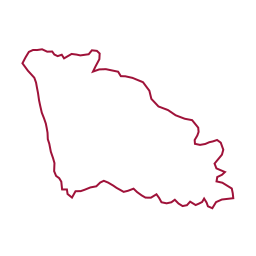 Miraguaí, Rio Grande do Sul, Brazil (Albers equal-area conic projection), rotated 183°
{"feature_id": "56859067B90024458991146", "entity_name": "Miraguaí", "entity_type": "district", "adm_level": 2, "iso_a3": "BRA", "parent_name": "Brazil", "parent_adm1": "Rio Grande do Sul", "projection": "albers", "projection_center": [-53.751, -27.495], "detail": "fine", "context": "isolated", "style": "outline", "palette": "rose", "viewbox_px": 256, "rotation_deg": 183, "n_neighbors": 0, "source": "geoboundaries", "source_scale": "gbopen_adm2", "svg_char_len": 1537}
<svg xmlns="http://www.w3.org/2000/svg" viewBox="0 0 256 256"><g transform="rotate(183 128 128)"><path d="M57.9,132.0L64.4,139.2L71.8,140.2L81.1,143.2L89.0,148.0L98.7,151.1L106.2,158.3L108.6,166.3L112.5,171.0L115.4,174.5L126.2,178.3L133.4,179.5L137.9,179.4L140.8,183.7L153.2,185.6L159.8,185.0L165.9,182.5L163.7,187.7L160.2,195.2L160.2,200.9L163.1,203.4L168.1,203.7L171.1,199.6L179.4,198.0L183.1,198.6L188.2,199.0L195.5,194.2L198.0,197.7L202.0,196.1L205.4,197.5L207.7,200.4L212.7,200.0L217.9,202.1L222.9,201.1L227.0,200.9L231.0,198.8L234.0,193.2L236.8,187.1L231.0,180.0L224.2,173.3L222.2,168.5L221.0,163.4L219.7,158.2L218.3,151.1L216.9,145.8L214.9,138.8L212.3,133.1L210.3,128.1L209.2,123.8L208.1,119.0L207.5,112.6L205.8,108.2L203.8,100.2L201.2,93.8L199.6,89.1L199.5,81.0L197.3,76.4L194.1,74.3L191.8,70.9L190.6,63.2L185.8,63.4L184.9,58.9L180.3,55.6L177.1,62.1L171.9,62.5L168.2,64.0L162.4,66.7L156.6,68.1L152.9,72.1L149.4,74.0L145.1,72.5L139.7,69.7L136.3,67.6L132.6,65.8L129.0,64.0L124.7,65.3L119.3,67.7L115.6,64.5L110.8,61.4L106.9,59.4L101.5,59.6L96.1,63.3L93.3,59.8L90.7,55.6L85.5,54.8L80.8,56.1L77.5,58.8L73.6,55.2L69.4,52.9L65.1,54.0L62.1,57.7L56.4,54.6L53.2,56.2L50.1,58.0L48.3,61.5L45.6,57.6L44.1,54.0L39.6,52.3L36.2,58.6L30.5,61.5L19.2,63.4L20.0,68.4L21.2,73.0L30.9,78.3L36.8,79.3L36.3,83.7L31.7,86.2L28.9,89.1L37.6,92.3L39.7,97.0L32.8,106.3L31.7,111.3L34.6,118.2L38.4,120.7L42.7,119.0L46.0,118.1L50.0,116.1L55.2,114.9L60.3,115.7L60.8,119.5L58.4,124.1L57.3,127.8L57.9,132.0Z" fill="none" stroke="#9f1239" stroke-width="2"/></g></svg>